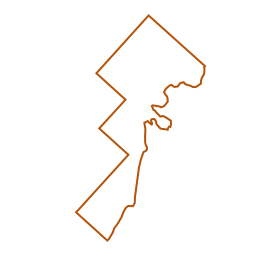 Alger, Michigan, United States of America (Mercator projection), rotated 132°
{"feature_id": "52423323B20180177095300", "entity_name": "Alger", "entity_type": "district", "adm_level": 2, "iso_a3": "USA", "parent_name": "United States of America", "parent_adm1": "Michigan", "projection": "mercator", "projection_center": [-86.632, 46.425], "detail": "fine", "context": "isolated", "style": "outline", "palette": "amber", "viewbox_px": 256, "rotation_deg": 132, "n_neighbors": 0, "source": "geoboundaries", "source_scale": "gbopen_adm2", "svg_char_len": 1246}
<svg xmlns="http://www.w3.org/2000/svg" viewBox="0 0 256 256"><g transform="rotate(132 128 128)"><path d="M30.5,112.2L30.6,188.0L108.5,188.1L108.6,148.8L147.6,149.1L147.6,109.8L225.4,110.1L225.5,68.1L223.4,67.9L216.2,69.3L211.6,71.1L205.1,71.8L198.6,73.2L192.8,75.4L188.8,76.1L186.9,76.0L185.7,75.5L182.8,72.0L179.2,72.8L175.1,76.3L149.9,93.5L143.6,96.9L136.3,100.1L135.2,100.3L132.8,99.4L131.3,99.5L129.3,101.5L129.0,103.0L127.3,105.5L122.6,109.9L117.5,114.0L113.1,119.4L109.6,117.9L109.9,116.0L109.5,112.7L109.1,112.7L108.2,113.5L107.8,114.8L106.7,116.2L105.3,116.1L103.7,114.4L103.9,113.0L104.6,111.1L105.6,110.1L106.0,109.1L106.4,107.0L106.7,103.5L102.7,97.4L102.2,97.9L99.9,98.4L99.2,98.2L98.8,97.3L96.1,98.7L93.9,101.2L95.1,108.5L96.0,110.4L97.9,111.6L97.5,117.6L97.1,119.5L97.5,121.3L95.7,125.0L94.9,124.9L93.8,123.6L90.6,118.4L90.6,117.5L89.8,116.8L87.6,115.9L84.7,115.9L81.7,116.2L79.3,118.7L78.5,120.1L78.1,122.5L77.3,125.2L74.0,126.0L72.0,126.0L68.1,125.3L66.8,124.4L66.8,122.2L66.0,120.5L63.7,118.8L59.9,119.2L56.9,117.5L56.6,116.5L57.1,115.9L57.0,114.6L54.5,109.0L54.2,107.4L52.3,105.1L47.3,103.7L46.0,103.6L44.0,105.4L41.5,106.6L36.7,107.7L33.3,110.3L32.0,112.0L30.5,112.2Z" fill="none" stroke="#b45309" stroke-width="2"/></g></svg>